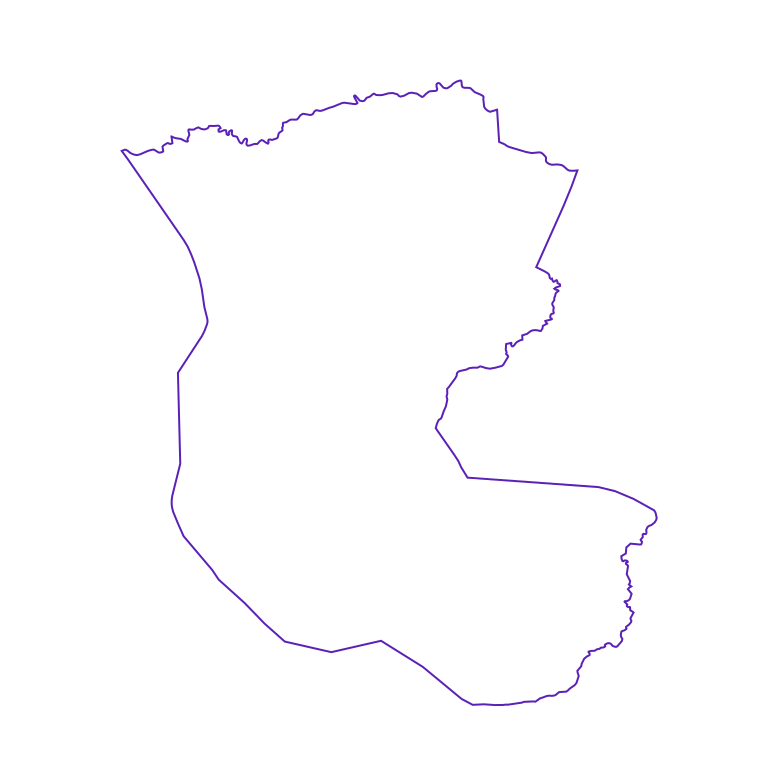 Belen, Lempira, Honduras, rotated 96°
{"feature_id": "27666195B74461525568246", "entity_name": "Belen", "entity_type": "district", "adm_level": 2, "iso_a3": "HND", "parent_name": "Honduras", "parent_adm1": "Lempira", "projection": "equal_earth", "projection_center": [-88.46, 14.523], "detail": "fine", "context": "isolated", "style": "outline", "palette": "violet", "viewbox_px": 768, "rotation_deg": 96, "n_neighbors": 0, "source": "geoboundaries", "source_scale": "gbopen_adm2", "svg_char_len": 6098}
<svg xmlns="http://www.w3.org/2000/svg" viewBox="0 0 768 768"><g transform="rotate(96 384 384)"><path d="M556.3,567.4L586.9,535.4L595.8,528.0L616.4,499.7L634.8,477.7L650.5,455.8L656.2,408.4L639.7,360.1L661.3,315.8L689.1,273.9L693.8,262.3L692.1,251.2L691.7,240.2L690.7,231.6L690.1,229.3L690.0,227.3L686.4,213.3L685.5,211.8L684.1,202.5L684.1,200.2L680.3,195.9L679.2,193.3L677.5,190.0L676.7,187.4L676.6,184.5L676.0,182.0L675.5,181.0L672.1,177.6L670.9,170.6L669.5,169.0L667.3,167.2L663.7,163.0L661.4,161.4L654.0,159.8L650.7,161.3L649.0,161.7L644.0,158.3L641.7,158.2L636.3,156.2L633.8,153.8L632.5,151.7L631.8,151.1L630.5,151.4L629.2,152.6L628.8,152.6L627.8,150.1L627.3,146.6L625.6,144.5L624.8,141.9L623.6,140.8L623.3,139.0L622.7,137.5L621.8,136.6L620.6,137.1L620.0,136.8L619.1,135.7L618.4,134.2L618.2,132.9L618.6,131.5L619.2,130.5L620.4,129.6L620.9,128.2L621.2,126.4L621.0,125.2L620.3,124.4L614.8,120.6L612.6,120.3L610.9,121.6L608.8,122.3L605.5,122.0L604.9,121.5L603.9,119.3L602.5,117.5L601.9,117.3L600.8,117.9L600.1,117.8L597.7,115.2L595.2,113.5L593.6,113.2L592.0,114.2L591.2,114.4L585.2,111.9L584.6,112.7L583.2,115.5L580.2,116.0L580.1,116.5L580.4,117.8L579.7,119.1L579.1,119.4L577.9,119.0L575.4,122.0L574.8,121.7L574.7,120.3L574.3,119.2L572.9,117.5L571.9,116.9L566.8,115.8L562.5,120.0L560.7,118.6L559.5,116.9L557.8,119.5L556.5,118.8L554.3,118.6L547.8,122.7L539.5,122.3L538.8,122.7L538.0,124.2L537.1,124.7L536.4,124.4L535.7,123.1L535.0,123.1L534.4,123.9L534.2,125.4L534.4,126.4L535.2,127.4L535.1,128.3L533.3,129.4L530.5,130.0L527.3,125.8L521.2,125.9L517.0,122.1L516.9,112.5L516.7,111.7L516.1,111.2L513.9,110.9L512.6,112.3L512.0,112.5L509.4,110.7L506.6,111.0L505.9,110.2L506.0,108.5L505.6,107.7L504.4,107.4L501.6,108.0L498.8,107.0L497.4,105.6L496.3,103.3L493.3,100.3L490.7,99.1L488.8,98.8L485.0,100.0L483.1,100.8L481.4,102.2L472.2,123.8L466.4,143.0L464.1,159.9L468.4,291.1L458.7,298.6L453.0,301.9L447.0,306.8L422.6,327.9L418.5,327.3L415.5,326.4L413.9,325.7L412.5,323.9L411.5,323.3L404.6,321.7L399.7,320.1L393.0,319.4L389.7,320.5L387.2,320.0L382.2,320.7L380.6,319.4L371.2,313.9L368.3,312.6L365.9,312.6L364.3,311.7L363.3,310.3L361.0,303.5L359.3,300.8L358.4,297.0L358.0,292.7L356.5,290.4L356.5,289.0L357.5,284.2L357.7,280.2L356.1,274.8L353.7,268.6L352.2,267.3L343.9,263.4L342.5,264.0L341.9,265.3L341.3,265.7L339.8,265.3L337.1,266.5L331.5,266.7L329.8,261.8L330.1,261.5L331.3,261.8L332.4,261.3L333.1,260.7L333.1,259.8L331.7,258.4L329.6,257.3L328.3,256.1L326.4,253.4L325.5,251.0L321.2,251.6L319.2,247.0L316.2,243.8L315.1,241.8L314.6,239.1L314.6,236.4L315.0,234.4L314.8,233.5L312.2,232.2L309.6,232.1L306.9,228.1L304.8,230.1L304.4,230.2L302.5,224.7L302.0,223.9L301.5,224.0L301.1,225.0L300.5,225.6L298.5,225.7L296.8,224.8L296.2,223.0L295.4,222.6L293.6,223.3L289.9,223.2L287.5,224.9L286.2,225.1L282.8,223.5L280.1,223.6L278.8,223.0L276.2,222.8L275.0,222.1L273.2,220.2L272.5,220.9L272.0,223.6L271.4,224.6L270.1,223.2L268.2,219.2L266.9,219.2L266.3,219.7L265.6,221.9L263.9,222.3L262.7,223.2L263.0,223.9L264.0,224.8L264.6,226.0L264.5,226.3L263.2,227.4L261.6,227.9L262.0,229.1L261.4,230.1L257.9,231.3L256.8,232.6L255.3,235.7L251.9,244.8L187.7,223.9L168.2,218.2L151.4,214.0L152.2,218.3L152.4,222.0L151.7,223.9L148.6,228.2L147.7,230.2L147.5,234.5L148.4,239.9L148.0,242.5L147.0,244.7L145.9,245.9L145.0,246.3L142.2,246.5L141.4,246.8L138.5,250.1L137.5,252.1L137.4,253.9L138.9,261.2L138.4,267.1L135.2,284.2L134.6,286.2L133.0,289.1L131.2,294.8L99.4,300.2L102.2,307.0L101.5,309.1L100.7,310.6L99.2,312.4L97.7,313.4L90.3,315.0L88.1,315.0L87.3,315.5L86.1,318.2L84.3,324.2L80.8,328.9L80.6,330.4L81.0,335.0L80.6,336.8L79.4,337.7L74.7,338.7L74.2,339.2L74.3,340.2L75.7,343.5L78.3,346.9L80.2,348.2L82.8,351.4L83.4,352.6L83.4,354.2L83.0,356.0L79.2,360.1L79.0,361.1L79.2,362.0L79.9,362.8L80.8,363.1L82.8,362.8L85.0,361.9L86.5,362.2L87.1,363.3L88.0,368.6L88.6,370.0L91.3,372.8L93.7,374.7L94.5,375.8L94.4,376.5L91.8,381.6L91.4,386.8L92.0,389.5L95.1,394.0L96.4,397.4L96.1,399.1L94.5,401.0L93.7,405.7L94.4,409.8L96.7,415.7L97.2,418.2L97.4,421.9L96.3,424.3L97.1,425.6L99.6,427.9L101.2,431.2L104.3,433.1L105.0,434.9L104.7,437.7L100.5,442.2L100.1,443.0L100.2,443.5L100.8,443.9L101.7,443.6L107.3,439.8L108.2,440.6L108.7,442.4L108.4,452.8L108.8,454.7L113.7,463.9L115.0,467.2L118.5,474.0L119.1,476.2L118.8,479.3L119.1,480.6L120.3,481.7L123.1,483.1L123.8,484.3L124.2,485.7L123.7,492.2L123.9,493.2L125.7,495.4L128.6,497.0L130.0,498.2L130.3,499.3L130.8,504.3L131.6,505.7L133.8,508.4L134.7,511.5L135.3,511.8L138.3,511.5L139.9,512.1L142.0,511.4L143.0,511.9L144.8,514.2L145.8,514.9L150.0,515.5L150.9,516.2L153.0,520.9L152.7,522.7L153.1,524.3L154.1,524.6L156.1,524.0L157.1,524.6L156.3,526.6L154.6,529.5L154.2,531.2L155.3,532.7L158.5,535.1L158.8,538.0L160.9,542.6L161.2,544.4L160.7,545.4L159.5,546.0L156.0,545.6L154.7,546.1L154.4,547.1L154.7,547.8L156.0,548.8L159.4,550.3L159.7,550.8L159.4,551.6L158.8,552.6L157.3,553.8L153.7,555.9L153.3,557.0L153.1,559.9L152.6,560.5L151.0,561.6L148.2,561.5L147.6,562.0L147.8,562.8L149.0,564.3L150.6,564.7L152.1,564.3L152.6,564.8L152.7,565.4L152.1,566.6L148.4,567.5L148.1,567.9L148.3,569.6L150.1,572.9L150.4,574.1L150.2,574.8L148.1,575.2L146.6,573.3L145.5,574.0L144.5,575.2L144.4,576.0L145.3,580.9L145.4,583.8L145.9,585.1L147.2,585.4L148.2,586.2L149.4,588.4L149.6,590.0L149.4,592.5L148.2,595.4L149.0,597.1L150.9,599.8L151.2,602.4L151.1,604.2L151.4,604.9L152.3,605.1L156.6,603.6L161.0,605.1L162.8,604.4L163.5,604.9L163.4,606.7L161.5,611.6L161.3,616.6L160.8,619.1L160.1,620.7L160.1,621.2L166.6,619.6L167.1,620.3L167.6,621.7L167.5,622.6L167.0,623.8L167.1,624.8L170.0,628.4L171.1,629.1L175.7,627.9L176.1,628.2L176.8,629.5L177.3,631.1L177.3,632.4L175.1,636.9L175.0,638.0L175.7,640.3L177.0,643.4L181.1,650.6L182.2,653.6L182.0,656.4L181.3,659.0L180.6,660.7L178.8,663.3L178.0,665.4L178.1,666.3L179.6,669.2L187.4,662.1L261.8,598.2L267.9,593.6L275.1,589.4L282.9,585.4L298.2,578.6L308.8,575.1L326.2,570.7L337.8,566.5L340.4,566.0L342.8,566.2L349.8,568.0L355.2,570.0L394.4,590.1L484.6,578.3L517.4,582.9L521.6,583.0L525.8,582.6L529.2,581.8L533.2,580.3L543.8,574.6L556.3,567.4Z" fill="none" stroke="#5b21b6" stroke-width="2"/></g></svg>